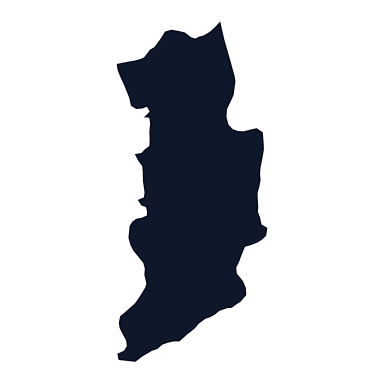 Axixá, Maranhão, Brazil (Robinson projection)
{"feature_id": "56859067B14905169969378", "entity_name": "Axixá", "entity_type": "district", "adm_level": 2, "iso_a3": "BRA", "parent_name": "Brazil", "parent_adm1": "Maranhão", "projection": "robinson", "projection_center": [-44.102, -2.845], "detail": "fine", "context": "isolated", "style": "filled", "palette": "ink", "viewbox_px": 384, "rotation_deg": 0, "n_neighbors": 0, "source": "geoboundaries", "source_scale": "gbopen_adm2", "svg_char_len": 1802}
<svg xmlns="http://www.w3.org/2000/svg" viewBox="0 0 384 384"><path d="M262.1,132.8L256.5,129.0L249.4,130.6L243.9,132.1L237.7,131.8L232.3,129.8L227.8,125.1L225.7,117.2L226.2,109.0L231.1,98.8L232.9,94.6L233.8,87.8L234.7,81.6L233.9,76.4L231.8,68.8L230.1,62.5L227.8,54.5L223.5,39.4L219.8,23.0L216.1,27.1L210.3,32.4L203.7,36.3L199.4,37.3L195.4,39.4L190.9,38.1L184.6,33.2L178.0,31.6L171.4,30.5L165.5,32.2L161.7,38.4L158.4,43.0L154.8,47.8L150.4,50.3L147.5,54.3L144.4,58.1L140.5,59.8L135.0,61.3L127.4,62.6L117.5,64.6L118.4,70.1L120.8,76.1L125.1,85.5L130.0,97.7L131.6,105.3L136.3,108.2L141.9,107.8L147.4,105.8L150.6,111.8L145.6,116.7L149.9,117.0L150.9,123.5L150.1,131.6L150.4,139.6L150.1,146.4L145.4,149.8L141.9,153.7L135.9,154.7L139.1,160.7L143.0,166.0L143.5,171.7L143.7,181.1L145.3,192.3L144.6,197.9L138.9,200.3L141.9,204.9L146.5,206.4L147.8,211.2L147.6,216.0L141.9,218.5L136.6,219.5L132.9,222.2L130.4,226.1L129.2,237.8L131.1,244.5L133.8,250.1L139.3,256.8L144.0,262.6L145.6,268.7L145.1,274.8L147.2,283.6L145.8,288.0L142.8,293.0L138.7,299.5L135.3,304.1L129.9,308.9L124.7,313.5L120.8,316.7L119.6,322.7L120.3,327.7L123.3,333.7L126.8,340.1L127.7,346.0L124.6,351.3L118.2,354.2L119.2,359.3L135.2,361.0L141.9,355.8L151.3,350.3L157.0,348.2L162.0,344.0L167.4,342.0L173.8,340.6L179.1,340.7L186.9,333.6L190.6,330.9L194.7,327.4L198.2,323.1L205.1,318.0L210.1,316.4L214.7,313.8L218.9,310.2L227.3,307.3L231.5,307.1L235.4,304.1L239.8,301.3L245.5,294.8L245.1,288.0L242.3,281.5L236.1,273.9L235.4,267.5L238.6,261.0L240.9,254.6L244.4,246.1L250.3,244.5L257.5,241.7L262.1,238.6L265.5,235.2L266.5,228.2L260.9,225.0L259.3,217.7L257.1,212.0L257.5,206.8L257.1,201.4L256.8,193.1L258.7,186.0L259.8,180.0L259.3,174.0L259.8,167.3L261.6,158.6L263.1,149.7L263.0,144.4L262.1,132.8Z" fill="#0f172a" stroke="#020617" stroke-width="1.5"/></svg>